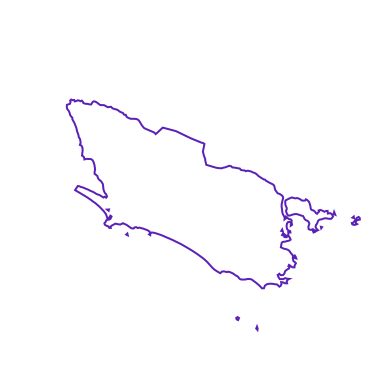 outline of Rio de Janeiro, Rio de Janeiro, Brazil, rotated 36°
{"feature_id": "56859067B69544192053781", "entity_name": "Rio de Janeiro", "entity_type": "district", "adm_level": 2, "iso_a3": "BRA", "parent_name": "Brazil", "parent_adm1": "Rio de Janeiro", "projection": "albers", "projection_center": [-43.389, -22.912], "detail": "fine", "context": "isolated", "style": "outline", "palette": "violet", "viewbox_px": 384, "rotation_deg": 36, "n_neighbors": 0, "source": "geoboundaries", "source_scale": "gbopen_adm2", "svg_char_len": 6090}
<svg xmlns="http://www.w3.org/2000/svg" viewBox="0 0 384 384"><g transform="rotate(36 192 192)"><path d="M243.8,139.1L242.3,139.7L239.1,139.9L236.2,140.0L234.5,139.7L233.0,139.6L231.4,139.8L230.0,140.3L228.0,140.6L225.8,141.4L224.2,142.3L223.4,143.5L221.8,143.7L220.2,144.7L218.6,145.4L216.9,144.9L215.2,145.8L213.4,146.6L210.1,148.4L208.7,148.1L206.7,148.9L204.4,152.5L203.1,153.9L202.1,155.3L200.4,156.5L197.9,157.9L196.4,158.5L187.6,161.6L184.3,158.8L183.2,157.5L179.9,155.3L177.1,152.9L173.8,145.8L172.1,145.9L170.4,146.6L159.7,149.2L143.2,152.2L130.5,157.1L129.1,164.2L128.6,166.5L127.4,166.2L125.8,166.2L117.6,168.1L115.8,168.4L113.8,168.0L111.6,167.3L109.0,166.1L107.5,165.6L105.9,165.2L104.0,165.7L102.3,166.7L99.5,168.7L98.1,169.2L96.7,169.5L94.9,169.6L93.1,168.5L91.6,169.4L89.9,168.7L85.9,169.5L84.7,169.3L82.7,169.5L80.7,170.4L78.6,171.0L76.3,170.7L74.0,172.9L69.9,173.4L66.6,175.6L62.3,175.5L60.6,175.7L59.0,176.6L58.7,178.2L59.0,180.3L58.0,181.2L56.1,181.9L53.8,183.3L51.9,183.9L50.5,183.1L49.2,182.8L48.5,184.1L47.2,184.3L45.8,184.9L44.8,186.6L43.9,187.6L42.6,186.8L41.6,187.8L39.9,188.2L39.7,189.7L40.8,190.4L41.4,192.4L39.6,195.0L40.7,196.8L42.3,198.2L44.5,198.8L46.3,199.8L48.1,201.3L50.0,202.0L51.5,202.2L52.5,203.5L56.3,205.3L57.5,206.0L59.1,207.1L60.9,208.2L62.2,209.4L63.4,210.5L65.3,211.7L66.9,212.9L68.2,214.2L70.3,215.0L72.1,216.7L73.1,217.9L73.6,219.8L75.2,219.4L77.3,220.5L79.2,222.8L81.6,227.2L83.1,227.1L84.4,227.5L85.8,228.9L87.3,227.1L91.0,224.7L92.7,224.7L94.4,225.4L95.5,226.2L97.0,227.3L99.2,229.5L100.5,231.0L101.2,232.7L102.6,234.6L104.2,234.5L106.0,234.7L108.1,236.2L109.9,236.7L111.9,236.7L113.6,237.3L115.1,237.9L116.4,239.2L118.9,242.0L120.7,243.2L122.1,244.0L123.8,244.3L125.9,245.6L125.9,247.1L124.1,247.2L123.6,248.5L118.8,248.8L116.7,249.6L115.2,249.8L112.2,250.0L108.6,250.9L107.1,251.0L104.8,251.6L100.9,252.5L99.3,253.2L97.4,253.6L96.1,254.3L96.3,259.2L109.4,258.0L114.7,257.8L117.5,257.9L120.3,257.8L126.0,258.3L131.9,259.4L135.4,260.5L137.8,262.1L140.1,264.0L139.3,265.4L139.7,266.7L139.5,268.8L140.7,269.7L142.5,269.6L144.4,269.0L146.1,269.6L147.4,268.8L146.5,267.8L146.8,266.4L148.6,262.7L151.6,261.3L153.0,260.5L153.8,259.3L154.4,257.9L156.2,257.5L158.2,257.1L159.9,257.0L163.8,257.0L165.1,256.6L166.3,255.7L166.3,254.4L167.6,253.2L169.2,253.1L170.3,251.8L173.8,250.4L175.5,249.9L178.4,249.1L180.7,248.9L182.6,250.1L183.4,248.3L185.5,247.2L189.6,245.8L193.0,244.8L204.6,242.2L213.9,240.6L221.4,239.8L226.3,239.4L232.4,239.1L240.1,239.1L243.5,239.4L246.5,239.9L253.1,241.3L254.7,241.5L256.0,241.6L257.4,241.5L258.6,241.5L262.6,241.1L263.0,238.8L264.3,237.6L265.9,236.8L267.4,236.3L268.1,235.2L269.9,234.5L272.5,233.9L274.7,233.8L276.6,233.8L278.2,233.5L279.5,233.6L280.7,234.1L282.2,234.2L283.4,233.8L286.4,231.6L288.4,229.4L290.7,228.0L292.2,227.7L298.1,227.8L301.6,228.1L305.3,228.8L306.8,227.5L306.0,225.0L306.7,222.8L308.0,221.2L309.5,220.0L310.9,219.1L315.3,216.8L318.4,217.2L318.9,215.8L318.5,213.9L317.1,212.5L318.7,211.6L320.7,211.3L322.6,210.0L321.1,208.7L321.1,206.5L321.8,205.1L319.6,206.4L318.0,206.9L317.1,208.7L315.4,210.0L314.2,210.9L311.8,209.9L310.1,208.8L310.7,206.8L312.1,207.2L313.3,206.7L314.5,205.5L314.7,203.6L313.9,201.6L314.2,199.8L315.4,196.8L315.0,195.4L313.6,195.4L313.3,194.0L314.7,193.8L316.5,194.0L318.1,193.6L319.2,192.7L318.3,191.3L317.9,188.5L316.3,188.3L314.8,188.3L313.4,187.2L312.0,185.8L311.6,184.3L307.2,183.1L305.4,182.4L303.6,182.4L302.1,182.8L299.5,183.9L296.4,184.5L295.3,182.3L294.5,180.6L294.6,179.2L296.5,177.4L299.4,173.9L299.8,172.6L298.3,171.6L296.5,170.9L295.2,171.6L294.8,169.5L293.5,168.0L295.4,166.9L294.4,165.9L292.8,166.5L291.0,166.2L289.4,165.0L288.2,163.4L287.4,161.7L287.4,159.9L288.4,159.0L290.4,158.1L289.4,156.5L287.9,156.1L286.6,156.9L284.6,156.9L282.7,156.7L283.5,158.1L283.0,159.8L281.9,158.1L278.3,156.4L276.9,155.2L275.2,153.3L273.2,151.3L271.8,149.3L270.3,146.0L269.7,144.4L268.9,142.7L267.6,142.1L265.9,141.9L264.0,142.1L262.0,142.7L258.1,141.4L256.6,140.2L255.3,138.9L253.8,138.3L252.2,138.4L250.3,138.8L245.3,139.4L243.8,139.1ZM295.2,171.6L295.1,173.1L293.2,174.1L292.2,173.2L290.2,173.9L289.9,171.9L292.1,171.8L293.8,172.0L295.2,171.6ZM140.1,264.0L140.1,262.0L139.9,259.1L141.3,259.1L141.8,261.5L141.3,262.9L140.1,264.0ZM287.0,169.3L288.5,170.4L287.1,171.0L287.0,169.3ZM133.7,256.1L135.1,254.9L135.6,256.2L133.7,256.1ZM312.8,127.6L311.5,128.7L310.7,130.2L308.6,130.4L306.3,131.1L305.3,132.5L306.4,133.2L306.0,134.6L306.0,136.1L304.5,136.2L302.9,135.6L301.3,135.5L300.0,136.0L298.4,136.1L297.2,135.0L295.8,133.6L292.9,131.4L291.5,131.0L289.9,130.8L288.5,130.9L288.5,132.4L287.1,133.6L285.8,134.3L283.9,134.3L282.0,134.6L280.6,135.1L279.2,136.5L277.5,137.2L276.3,137.5L275.3,138.7L273.6,141.8L272.6,143.9L273.4,145.5L275.2,147.5L276.4,148.3L277.9,149.1L278.9,150.5L279.0,151.9L280.2,152.9L281.6,153.8L283.6,154.5L284.9,153.7L286.5,151.4L287.8,149.8L289.6,148.3L294.6,146.7L295.9,146.2L297.2,146.7L299.2,147.8L301.0,147.8L302.7,147.4L304.3,147.8L305.6,148.7L306.6,151.8L308.3,153.5L310.3,152.9L311.7,151.0L313.3,150.9L312.8,152.5L314.1,153.3L315.0,152.0L315.4,150.6L316.4,148.8L314.2,148.6L312.4,147.5L311.7,145.8L311.8,144.1L311.2,142.3L311.0,140.8L311.6,139.1L313.0,137.9L313.9,136.3L315.2,135.0L316.4,134.2L318.0,133.5L320.2,132.1L320.6,130.3L320.4,128.8L318.7,128.0L317.3,127.8L316.1,127.9L314.6,129.6L312.8,127.6ZM342.0,119.7L341.9,118.0L344.0,115.6L342.7,114.3L341.4,114.3L340.6,116.0L340.6,121.8L339.5,123.1L340.6,123.9L342.1,123.6L343.7,122.2L344.4,120.9L343.1,121.0L342.0,119.7ZM304.6,268.5L304.1,266.3L302.3,266.5L301.8,267.9L303.0,268.8L304.6,268.5ZM311.6,184.3L313.4,185.2L315.4,184.5L313.8,183.4L312.4,182.9L311.6,184.3ZM325.3,263.8L323.7,262.7L324.2,264.7L326.0,265.1L325.3,263.8ZM290.4,158.1L290.9,160.0L291.7,161.2L292.2,159.7L290.4,158.1ZM321.2,126.2L320.0,125.4L318.7,124.6L319.4,126.6L321.2,126.2ZM165.5,264.8L164.1,263.6L163.8,265.1L165.5,264.8ZM338.4,117.9L337.3,116.8L336.9,118.4L338.4,117.9ZM182.6,250.1L182.2,251.5L183.5,251.4L182.6,250.1ZM317.9,144.0L316.8,144.4L317.9,145.4L317.9,144.0Z" fill="none" stroke="#5b21b6" stroke-width="2"/></g></svg>